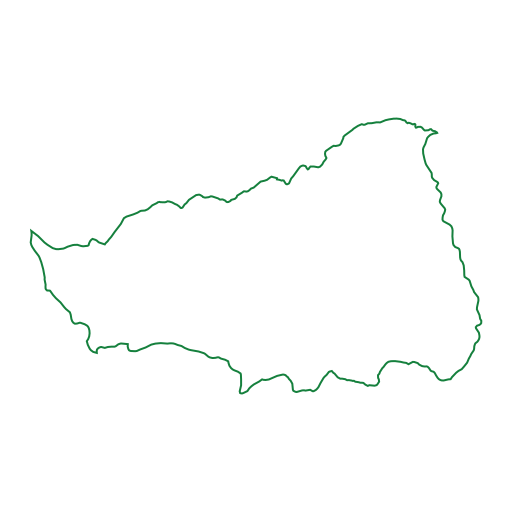 Iles, Nariño, Colombia (orthographic projection)
{"feature_id": "7082276B76262709729970", "entity_name": "Iles", "entity_type": "district", "adm_level": 2, "iso_a3": "COL", "parent_name": "Colombia", "parent_adm1": "Nariño", "projection": "orthographic", "projection_center": [-77.509, 0.985], "detail": "fine", "context": "isolated", "style": "outline", "palette": "green", "viewbox_px": 512, "rotation_deg": 0, "n_neighbors": 0, "source": "geoboundaries", "source_scale": "gbopen_adm2", "svg_char_len": 6049}
<svg xmlns="http://www.w3.org/2000/svg" viewBox="0 0 512 512"><path d="M450.6,379.2L452.0,377.1L456.2,372.7L458.5,370.9L461.7,369.2L463.9,366.7L467.1,362.7L468.9,358.5L470.2,356.3L471.3,353.9L473.7,350.4L474.1,348.9L474.3,346.2L475.0,344.0L475.5,343.2L477.3,341.8L478.2,340.6L479.1,338.9L479.5,337.0L479.4,335.3L478.9,332.7L476.0,328.3L475.8,327.2L477.0,325.7L479.2,325.0L480.4,324.2L481.2,323.1L481.3,321.1L481.2,320.4L480.5,319.6L480.1,318.6L479.5,315.1L476.9,309.4L477.0,307.3L478.4,300.8L478.4,299.0L478.1,297.2L474.1,292.1L473.3,289.9L471.4,286.4L469.6,280.7L468.7,279.6L464.6,276.9L464.3,275.2L464.2,270.6L463.7,265.4L462.5,262.2L461.0,260.5L460.4,259.1L460.1,257.3L459.9,251.8L459.5,249.9L459.0,248.8L457.9,248.1L455.2,247.0L453.5,245.0L453.0,243.3L452.4,236.4L452.6,230.4L452.3,228.5L451.4,226.3L449.6,224.6L443.5,221.3L442.9,220.6L442.5,219.6L442.6,217.5L443.0,215.3L444.1,213.4L444.8,211.5L445.2,209.7L444.7,208.3L440.9,203.8L440.3,202.9L439.8,201.8L440.0,200.1L441.4,196.3L441.4,194.2L440.7,192.5L437.1,189.0L436.4,187.8L436.4,186.9L438.2,183.3L437.9,182.5L437.0,181.8L434.1,180.1L432.1,177.7L431.8,176.4L431.8,174.8L431.6,173.0L426.3,164.9L425.6,163.3L424.5,159.3L423.2,153.5L423.0,149.3L423.5,147.5L425.3,144.0L427.1,138.2L428.2,136.8L430.3,134.9L433.6,133.5L435.9,133.3L437.2,132.9L437.0,132.5L435.0,131.2L432.5,130.7L431.1,129.2L430.2,129.2L428.5,130.2L424.9,130.5L423.9,129.8L422.0,127.6L420.6,126.8L417.9,126.9L416.5,127.6L415.8,127.6L415.3,126.5L415.4,124.6L415.2,124.2L414.2,123.9L413.2,124.4L412.5,124.3L410.5,123.3L408.9,122.8L408.4,122.8L407.7,123.2L406.5,122.5L405.4,120.9L404.7,120.4L402.9,120.1L400.3,119.0L396.7,118.6L393.5,118.7L389.0,119.4L385.5,120.2L380.2,122.4L376.5,122.3L371.7,123.2L367.8,123.3L364.8,124.7L363.7,124.8L361.8,124.2L361.0,124.5L357.9,125.9L353.4,128.8L352.5,129.8L344.7,135.5L343.5,136.8L343.2,138.4L340.9,143.7L339.8,144.9L338.6,145.4L335.7,146.0L333.6,145.8L331.7,146.9L326.1,150.8L325.3,151.8L325.0,153.8L325.4,156.0L326.3,157.6L326.4,158.1L325.6,159.5L323.7,161.7L322.2,164.5L320.0,166.7L318.2,167.3L313.7,166.5L310.5,166.5L309.2,168.0L308.5,169.1L307.8,169.4L306.8,168.3L305.8,166.4L305.2,166.0L303.1,165.5L302.2,165.7L300.4,166.5L298.8,168.4L293.2,176.2L291.2,178.5L289.1,183.2L288.7,183.6L287.4,184.2L286.9,184.3L285.8,183.8L283.7,180.5L282.5,180.3L281.7,180.6L279.3,179.8L276.9,179.4L277.0,178.2L271.5,176.7L270.1,177.5L267.1,179.8L264.6,180.7L260.6,181.6L253.7,187.6L251.0,188.6L249.5,190.1L248.0,191.2L246.6,191.6L244.0,191.3L243.3,191.7L242.0,192.7L237.2,195.6L236.5,197.4L234.8,198.9L231.2,199.9L230.5,200.9L228.4,202.0L227.1,202.1L226.4,201.8L225.2,200.6L223.1,199.6L222.3,199.4L220.0,199.6L218.1,198.4L212.4,196.5L210.9,196.3L208.6,197.2L205.3,197.6L204.5,197.5L202.9,197.0L202.5,196.4L200.4,195.1L199.4,194.7L198.6,194.7L196.1,195.1L189.0,199.8L186.4,203.1L184.6,204.5L182.6,207.5L181.6,208.0L180.6,207.9L179.3,206.5L177.0,204.8L175.0,204.0L172.1,202.4L169.2,201.5L167.5,201.3L166.1,202.0L164.8,202.3L160.6,202.2L159.6,201.9L157.8,202.3L156.8,203.1L152.3,205.3L150.2,207.3L147.7,209.3L145.0,210.5L141.2,210.8L140.2,211.1L137.5,212.7L133.3,214.4L126.5,216.6L123.9,218.2L120.8,224.0L114.7,231.9L111.2,236.9L108.8,239.6L107.7,241.2L105.6,243.2L104.8,244.4L99.1,242.5L98.1,241.8L96.8,240.6L95.6,239.9L92.5,238.9L91.3,239.8L90.1,241.2L89.1,243.3L88.6,245.2L87.7,245.8L83.1,246.3L81.2,246.0L77.4,244.8L74.3,244.9L72.7,245.1L67.6,246.7L64.7,248.1L63.3,248.6L58.3,249.2L56.0,249.1L52.7,248.1L47.5,244.8L44.5,242.5L38.1,236.1L31.3,230.9L31.6,232.9L31.6,235.5L30.7,242.4L31.3,244.9L32.3,247.0L34.7,250.7L38.6,255.8L39.5,257.5L41.3,262.3L43.2,269.2L44.7,277.4L44.6,279.6L45.6,284.6L45.5,286.8L45.6,288.6L45.9,289.3L47.1,290.5L49.8,290.6L50.2,290.9L53.0,294.9L55.9,298.2L60.5,302.4L64.1,307.0L66.0,309.1L69.9,312.3L70.7,314.7L71.4,319.0L72.2,321.2L73.3,322.7L74.6,323.6L75.6,323.7L77.2,323.5L79.8,322.7L80.5,322.8L84.6,324.2L87.0,325.6L88.0,326.6L88.8,328.2L89.4,330.4L89.6,333.3L89.2,336.4L88.5,338.3L88.2,339.1L86.8,341.2L87.8,344.8L89.7,348.7L90.9,350.2L93.2,351.9L96.8,352.9L96.7,351.0L97.0,349.5L98.0,348.4L98.8,347.8L100.4,347.1L101.3,347.0L104.8,347.9L107.8,347.0L111.1,346.7L114.5,346.7L115.8,346.2L118.3,344.3L120.3,343.6L121.3,343.5L127.8,344.1L127.7,346.6L128.3,348.9L129.0,350.2L129.6,350.6L130.9,351.0L135.2,351.2L136.8,351.0L140.1,349.5L145.6,347.5L151.3,344.6L155.4,343.6L160.8,343.1L167.4,343.6L170.2,343.3L173.0,343.4L175.0,343.9L177.7,345.0L181.5,346.0L184.8,348.0L188.7,349.6L190.7,350.1L198.6,351.5L203.9,353.2L205.0,353.8L208.4,356.7L209.8,357.4L212.3,358.0L213.3,358.0L215.6,357.8L217.5,357.3L218.7,357.3L221.0,358.6L225.0,359.7L228.2,361.3L228.5,362.9L229.4,365.7L231.0,368.0L232.6,369.4L234.3,370.3L237.9,371.7L240.6,373.5L240.9,374.8L241.1,379.4L241.1,385.3L239.7,391.3L240.1,393.0L241.1,393.4L242.3,393.4L243.4,393.0L247.4,391.1L249.3,388.3L251.4,386.3L253.9,384.4L259.2,381.5L262.1,379.4L263.3,379.8L265.5,380.0L268.8,379.5L277.1,375.9L282.6,374.6L283.8,374.6L285.6,375.2L286.7,376.4L287.8,377.1L289.0,379.0L290.7,380.8L292.3,383.7L292.9,389.8L293.4,390.8L294.0,391.1L295.4,391.8L296.7,392.0L302.2,390.4L304.0,390.3L305.5,390.6L310.2,389.8L312.6,391.2L313.6,391.2L315.8,390.0L317.1,388.8L318.4,387.2L320.6,382.9L323.5,378.0L324.6,376.7L326.6,374.9L328.8,372.0L329.5,371.6L331.8,371.0L333.5,373.0L334.4,373.4L337.7,377.3L340.3,378.7L342.3,378.7L345.2,379.2L347.1,380.2L348.9,380.1L351.8,380.6L352.5,380.9L353.9,380.8L355.3,381.7L358.6,382.2L360.3,382.7L362.9,382.8L363.5,383.0L365.3,384.6L367.8,385.9L369.3,385.2L374.6,385.7L376.4,385.2L377.2,384.6L379.1,381.7L378.8,379.3L378.1,377.9L378.0,375.2L379.4,373.6L379.9,372.0L382.3,368.2L383.5,367.0L385.4,364.4L386.7,363.0L388.4,361.8L391.0,361.2L394.9,361.1L400.5,361.8L403.4,362.5L406.2,362.9L408.5,364.2L412.8,361.9L414.3,362.0L417.7,363.1L419.2,364.6L422.1,366.1L424.6,366.5L426.7,366.4L427.7,366.8L428.9,368.0L430.7,370.7L431.6,371.2L433.4,371.7L434.1,372.2L434.9,373.2L436.0,375.3L437.6,377.8L438.8,379.1L440.1,379.9L441.5,380.4L443.6,380.5L448.3,379.4L450.6,379.2Z" fill="none" stroke="#15803d" stroke-width="2"/></svg>